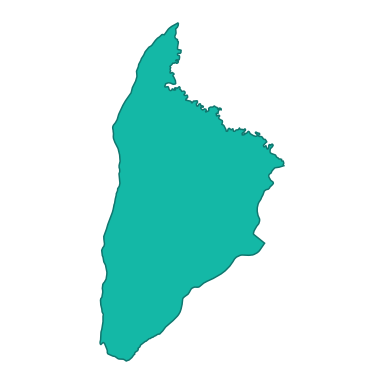 the district of Carmen De Apicala, Tolima, Colombia
{"feature_id": "7082276B91357442595153", "entity_name": "Carmen De Apicala", "entity_type": "district", "adm_level": 2, "iso_a3": "COL", "parent_name": "Colombia", "parent_adm1": "Tolima", "projection": "orthographic", "projection_center": [-74.743, 4.131], "detail": "fine", "context": "isolated", "style": "filled", "palette": "teal", "viewbox_px": 384, "rotation_deg": 0, "n_neighbors": 0, "source": "geoboundaries", "source_scale": "gbopen_adm2", "svg_char_len": 5997}
<svg xmlns="http://www.w3.org/2000/svg" viewBox="0 0 384 384"><path d="M177.8,23.0L171.5,26.5L169.4,28.1L168.1,29.4L164.3,34.7L162.3,34.5L161.8,34.7L159.5,36.9L157.5,38.2L155.4,40.4L151.8,45.3L150.8,46.1L148.9,47.2L145.2,51.7L143.8,54.9L141.4,58.6L140.7,60.6L138.7,64.4L138.3,66.8L136.5,71.2L136.9,75.3L136.9,76.8L136.5,78.1L135.6,81.2L132.4,87.6L131.1,92.8L125.5,100.8L122.9,105.3L118.7,114.3L117.2,119.5L115.5,122.6L113.3,125.4L112.7,127.1L112.8,129.1L113.2,129.8L113.1,130.7L113.5,133.6L113.3,136.8L113.5,138.5L114.9,142.3L118.1,148.6L119.6,154.8L120.1,161.3L119.1,165.4L119.1,167.5L119.6,169.1L119.7,170.4L119.7,171.8L119.0,173.8L119.9,183.2L119.3,186.2L117.7,188.6L117.5,190.8L116.3,193.6L116.2,195.3L115.3,198.8L114.6,203.3L114.1,204.6L113.2,209.3L112.4,212.3L107.8,224.5L106.5,229.0L103.8,236.4L103.9,239.2L104.5,244.0L104.0,246.1L102.7,247.9L101.7,250.3L102.3,255.5L103.0,257.2L103.8,261.8L105.5,265.1L106.9,272.2L106.8,274.6L106.1,279.1L104.5,282.0L103.4,283.3L102.8,284.4L102.3,288.3L102.7,290.8L102.7,292.5L101.9,297.0L101.6,297.6L100.8,298.7L100.5,300.2L100.8,304.8L101.8,309.0L102.1,311.9L103.3,314.2L103.3,314.8L103.0,316.3L103.0,321.7L101.8,329.3L101.0,332.1L100.6,339.8L100.1,342.0L100.1,343.2L100.5,344.3L100.9,344.5L102.9,342.6L103.6,342.6L104.6,343.6L106.9,349.3L107.3,350.8L107.3,352.6L107.6,353.4L108.1,354.0L112.9,356.1L115.0,356.5L117.9,358.6L119.0,359.0L123.2,359.2L124.4,359.7L126.2,361.0L129.2,359.9L131.9,357.5L133.8,354.9L134.7,354.2L134.6,353.3L135.3,352.2L137.7,350.6L138.3,349.0L138.1,348.6L138.2,348.2L139.9,346.8L140.5,345.1L145.1,341.5L146.1,341.2L149.1,338.7L150.3,338.5L151.8,337.4L152.8,337.3L154.6,336.0L155.7,335.7L156.6,334.9L158.1,334.2L159.7,334.0L162.8,330.8L165.6,327.0L173.1,320.5L177.5,316.0L178.7,314.4L180.1,311.9L181.1,308.9L182.1,304.3L182.7,298.9L183.1,298.1L184.4,296.8L188.1,294.1L189.3,292.3L191.0,289.2L192.3,288.0L194.5,287.1L198.0,287.2L199.3,286.8L203.7,283.1L207.0,281.3L213.3,278.4L221.1,273.9L225.2,270.8L229.7,266.2L232.9,261.7L234.5,259.0L236.4,257.1L240.0,255.4L241.8,255.0L248.9,255.3L252.7,254.9L254.3,254.3L257.1,252.8L258.6,251.6L259.6,250.5L264.6,243.2L254.8,235.3L253.6,234.3L253.4,233.7L253.9,231.4L254.4,230.3L256.6,226.4L258.8,223.6L259.6,220.9L259.6,219.1L258.0,215.4L257.2,211.2L257.3,207.6L258.2,203.8L259.0,202.1L260.8,199.4L261.7,197.2L262.9,195.0L264.3,191.1L265.9,189.8L268.4,189.1L269.4,188.1L270.0,187.0L272.5,184.6L273.3,183.5L273.3,182.8L272.9,181.9L270.8,180.4L268.9,177.1L268.7,175.7L269.1,174.6L270.1,173.6L271.0,173.1L272.1,170.8L274.6,168.0L275.5,167.7L279.1,167.2L283.9,165.7L283.2,164.6L283.8,163.2L283.5,162.0L283.2,161.1L281.8,160.9L281.6,160.6L281.6,159.4L280.4,159.0L279.1,159.0L278.2,158.0L276.5,157.0L275.7,155.3L275.2,154.9L271.4,153.5L270.3,152.7L270.0,151.5L270.2,149.3L270.7,148.4L271.9,147.3L273.0,145.7L273.1,145.2L272.7,144.5L272.1,144.1L271.6,144.3L271.1,144.6L270.9,145.1L270.4,145.2L270.0,144.7L269.3,144.6L268.8,145.4L268.7,147.0L268.2,148.6L267.9,148.9L267.4,149.0L267.0,148.7L265.9,145.8L265.4,146.0L264.6,146.8L264.1,146.9L263.8,146.6L263.4,145.6L263.5,145.2L265.9,142.6L266.7,142.0L266.7,141.6L265.4,139.6L264.9,139.3L264.0,139.4L263.5,139.0L262.7,138.1L262.6,137.5L261.8,136.8L260.6,136.4L259.3,136.5L258.9,136.2L258.8,135.1L259.7,134.3L259.5,133.4L257.3,132.8L256.4,132.2L255.6,132.2L255.4,132.5L255.6,133.3L256.8,134.2L257.4,135.2L257.4,135.7L255.7,136.4L253.4,135.6L250.2,133.7L249.2,131.8L248.5,131.4L248.0,131.6L246.5,133.3L245.2,133.4L244.8,134.4L243.4,134.9L242.3,134.9L242.1,133.6L242.7,132.8L243.7,133.1L244.1,131.5L245.2,130.6L245.5,129.9L245.3,129.1L244.5,129.0L243.7,129.7L243.0,129.8L242.0,129.3L240.7,129.5L240.1,129.1L239.5,128.1L239.3,128.2L238.7,129.2L237.9,129.8L236.1,130.0L234.9,131.2L234.3,131.3L233.5,131.2L232.9,128.9L232.5,128.9L231.5,129.7L230.9,129.7L229.6,128.5L229.1,128.3L228.0,129.3L227.6,131.0L227.0,131.3L226.3,131.2L225.9,129.5L224.0,125.8L223.3,125.0L221.9,124.4L222.5,121.8L222.2,120.6L219.3,119.0L218.7,118.2L218.8,117.2L219.5,116.4L219.6,115.8L219.4,115.4L217.8,115.4L217.0,116.0L216.5,115.6L216.2,113.6L216.5,113.3L218.0,113.4L218.3,111.4L218.9,110.0L219.7,109.6L221.2,109.8L221.2,109.0L220.6,108.3L219.1,108.1L217.9,109.1L217.6,108.8L217.1,107.5L215.3,106.9L214.6,106.1L214.1,106.1L212.7,107.1L210.5,107.1L209.3,107.7L208.7,108.5L208.8,110.3L208.6,110.8L206.4,111.8L205.8,111.9L205.6,111.5L206.2,110.7L206.3,110.3L205.8,109.2L204.4,108.9L203.4,109.7L202.6,109.9L202.0,109.6L200.8,108.3L200.8,107.4L201.7,107.1L203.1,107.2L203.3,106.4L202.8,106.0L200.9,105.5L200.4,104.0L200.0,103.8L199.0,104.1L198.0,105.9L197.4,106.2L197.0,106.1L196.5,105.1L196.3,103.9L197.3,102.7L197.5,102.2L197.4,101.1L197.0,100.8L193.4,101.1L192.3,102.7L192.0,102.8L191.5,102.7L191.3,101.8L190.3,101.1L185.9,100.2L185.8,99.3L186.1,98.9L186.7,98.7L187.0,97.9L187.7,97.2L187.5,95.8L187.1,95.2L185.0,95.5L184.3,95.2L184.0,94.5L185.1,93.1L185.0,92.0L184.0,91.1L181.7,91.4L181.0,90.1L179.9,89.3L180.1,87.9L179.5,86.8L179.1,86.8L177.2,88.3L175.9,87.8L174.7,88.1L174.6,88.7L175.4,89.3L175.5,89.8L175.3,89.9L174.0,90.1L172.9,89.0L172.4,88.9L172.0,89.2L171.9,90.0L170.8,90.6L169.9,90.4L169.2,89.7L168.6,87.6L168.0,86.7L165.2,87.0L164.9,86.8L164.7,86.0L165.3,85.1L165.6,83.8L168.1,82.8L170.3,83.0L173.2,84.3L175.2,84.0L175.7,83.4L175.4,80.6L173.8,77.1L172.9,75.8L173.0,75.2L174.0,74.2L173.8,73.5L172.2,72.5L171.7,72.6L171.0,73.2L170.4,73.1L170.1,72.8L170.0,71.9L170.6,70.8L170.1,69.5L170.1,68.9L170.7,67.7L170.1,66.8L170.0,66.3L171.7,64.7L172.8,63.2L174.2,63.2L175.0,62.6L175.6,62.6L176.2,63.2L177.0,63.3L178.0,62.6L178.3,61.8L178.2,61.3L175.8,60.6L176.0,60.2L176.6,59.8L178.8,59.9L179.3,59.2L179.6,57.2L179.5,56.2L179.2,55.6L177.8,55.2L177.5,54.7L177.6,53.8L178.2,53.3L180.2,53.3L180.9,52.6L181.1,50.4L180.9,50.1L178.2,49.6L177.5,49.0L177.6,46.8L178.3,42.6L178.2,41.5L177.4,40.8L177.4,39.5L176.3,39.0L175.4,38.3L174.8,36.9L174.9,36.0L175.9,33.7L176.0,32.9L175.7,28.9L177.4,27.2L178.2,25.4L178.3,24.2L178.1,24.3L177.8,23.0Z" fill="#14b8a6" stroke="#0f766e" stroke-width="1.5"/></svg>